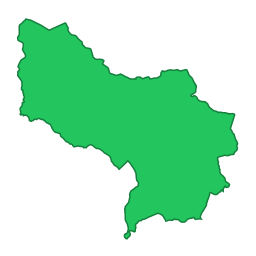 Huitzilan de Serdán, Puebla, Mexico, rotated 269°
{"feature_id": "50627088B1220406486190", "entity_name": "Huitzilan de Serdán", "entity_type": "district", "adm_level": 2, "iso_a3": "MEX", "parent_name": "Mexico", "parent_adm1": "Puebla", "projection": "albers", "projection_center": [-97.714, 19.944], "detail": "fine", "context": "isolated", "style": "filled", "palette": "green", "viewbox_px": 256, "rotation_deg": 269, "n_neighbors": 0, "source": "geoboundaries", "source_scale": "gbopen_adm2", "svg_char_len": 5810}
<svg xmlns="http://www.w3.org/2000/svg" viewBox="0 0 256 256"><g transform="rotate(269 128 128)"><path d="M63.0,222.1L63.5,222.2L64.8,222.1L65.7,222.3L67.8,223.8L68.2,224.2L67.6,224.4L66.9,225.2L67.0,226.6L67.5,227.5L67.9,227.9L69.8,228.5L71.1,227.3L72.0,225.8L72.6,225.1L73.6,224.4L76.2,224.0L78.6,221.9L79.8,220.3L81.5,219.3L83.9,219.1L85.1,219.2L85.8,218.6L88.4,218.4L90.2,217.5L90.8,217.4L91.9,217.9L92.4,217.9L94.2,217.1L95.6,217.2L96.5,216.9L97.3,217.6L97.4,217.9L98.4,221.5L98.4,222.0L98.9,223.5L99.1,224.5L98.6,226.3L98.7,227.5L98.9,228.7L99.7,230.8L99.7,233.0L100.3,233.6L101.3,233.7L103.8,236.2L104.5,236.7L106.0,237.0L107.0,236.7L108.3,236.5L110.4,237.3L111.6,237.0L113.3,236.2L113.5,235.9L114.2,235.6L118.8,234.1L119.7,234.1L120.2,233.4L120.9,232.8L122.0,232.2L123.7,231.6L125.5,230.3L139.0,234.8L139.7,234.8L140.2,234.3L140.6,232.5L140.3,231.0L140.6,230.2L140.4,229.2L140.7,228.9L140.5,228.5L141.6,225.6L141.5,223.8L142.2,220.8L142.2,219.0L141.9,218.6L142.0,218.2L142.4,217.9L143.0,216.9L143.8,214.0L147.2,209.8L149.2,208.6L150.5,208.2L151.2,207.7L151.7,206.7L152.9,205.6L153.0,203.7L153.6,200.7L154.6,199.1L154.9,198.5L155.5,198.1L156.8,197.8L157.7,197.1L159.0,195.5L159.1,194.5L158.8,193.8L158.3,193.5L158.3,193.1L158.6,191.9L159.3,191.5L159.9,191.6L160.4,192.5L160.7,193.3L162.2,195.5L163.1,196.2L163.5,196.4L165.8,196.5L167.7,197.0L168.2,197.0L169.6,196.8L169.9,196.4L170.5,196.1L171.0,195.5L171.8,195.5L172.1,194.9L174.1,194.2L176.8,192.9L179.8,190.1L180.7,189.6L182.7,188.9L185.1,187.8L185.3,187.1L185.1,185.7L184.1,181.3L184.6,179.8L185.0,179.4L185.5,178.3L185.0,176.2L184.9,173.5L185.4,171.7L185.0,168.7L184.3,167.5L184.0,166.2L183.9,165.3L184.3,164.1L184.5,163.6L184.5,163.2L182.6,162.0L180.2,161.7L179.0,160.8L177.5,157.9L177.4,154.8L176.8,152.3L176.8,150.7L178.0,150.2L178.6,149.6L178.7,149.2L178.7,148.4L178.1,146.8L178.1,146.3L177.6,145.0L177.1,144.3L177.0,143.4L177.3,143.2L177.6,142.4L178.4,141.3L178.6,141.2L178.7,140.0L178.7,138.7L178.5,137.5L178.1,137.0L176.8,136.7L177.2,136.0L176.8,134.6L177.1,130.7L178.3,128.8L179.5,126.2L181.3,123.1L182.1,121.3L181.3,119.6L180.9,117.4L181.0,116.3L181.7,114.8L182.9,111.0L183.6,110.5L186.7,109.7L187.5,109.6L188.1,109.3L188.9,108.7L192.1,104.0L192.9,103.8L195.1,105.0L195.8,105.0L196.8,103.5L197.3,100.8L197.1,99.3L197.2,98.0L197.4,97.0L198.0,95.9L199.7,94.3L206.3,92.6L207.7,92.0L208.3,90.6L208.8,87.5L209.4,86.5L210.8,85.4L211.4,84.6L212.7,83.6L213.4,83.8L215.2,83.3L215.7,82.4L217.8,80.1L220.9,77.7L221.5,76.6L222.1,73.4L223.3,71.9L226.1,69.9L227.0,69.7L229.1,69.9L229.7,69.7L231.8,68.4L232.9,68.2L234.1,67.0L227.1,50.8L232.3,42.7L237.5,32.6L238.7,27.7L237.1,26.6L236.3,25.2L234.6,23.9L233.4,22.0L232.4,21.2L231.2,21.0L223.7,21.0L222.2,20.3L221.0,19.5L220.0,19.2L217.7,19.6L217.2,20.2L215.6,23.4L215.2,24.0L214.3,24.7L213.5,24.8L211.7,24.7L210.5,24.5L209.3,24.0L208.2,24.0L207.3,24.3L203.9,26.2L202.1,26.9L201.1,26.8L200.3,26.2L198.4,23.2L197.4,22.0L193.2,19.8L191.1,19.1L189.3,20.4L188.8,20.6L188.0,20.4L187.4,20.0L186.4,18.9L182.3,18.7L176.9,22.4L175.2,22.8L173.4,22.7L172.3,22.9L169.9,22.2L168.9,22.1L167.9,22.4L167.4,23.7L165.2,23.5L164.3,24.1L162.8,24.1L161.4,24.8L159.7,24.7L158.7,23.9L157.7,23.8L157.2,23.9L156.6,24.7L156.1,24.8L155.4,24.2L155.4,23.2L155.0,22.8L153.8,22.5L153.0,22.8L152.4,22.7L149.6,20.5L148.3,20.5L144.9,21.2L144.2,21.1L143.8,20.4L142.9,21.1L143.2,23.8L142.7,24.0L142.2,23.9L142.7,25.3L142.3,27.0L141.1,28.3L140.1,29.0L138.3,29.5L137.5,29.4L136.6,30.5L136.4,31.3L137.4,33.6L138.5,34.8L138.4,35.6L138.0,36.4L138.2,36.9L139.0,38.1L139.2,38.7L138.6,40.5L138.0,41.5L137.9,42.0L138.1,43.3L136.7,44.4L136.7,44.9L135.5,45.9L134.4,47.1L134.3,48.1L133.7,48.6L133.1,50.1L131.9,51.0L129.0,52.1L126.9,53.4L125.4,54.7L124.8,55.8L124.8,56.5L124.5,57.0L123.9,58.7L123.8,59.4L123.6,59.9L120.8,60.7L119.8,61.8L119.3,62.7L116.7,64.8L116.1,65.6L115.4,66.0L114.7,68.1L113.1,69.5L112.9,70.3L113.0,71.2L112.7,71.6L112.2,72.2L111.5,72.4L110.3,73.3L110.1,74.0L110.8,76.6L110.8,78.8L110.4,79.5L110.4,80.3L109.9,82.9L109.0,83.3L109.2,84.5L109.0,85.9L109.8,86.4L110.5,87.2L111.9,89.6L112.1,90.5L110.9,92.7L108.5,95.4L108.0,96.5L108.0,97.7L107.5,99.5L106.8,100.2L105.8,101.7L103.2,104.4L102.9,105.0L102.9,105.5L101.9,106.5L101.1,108.1L100.2,109.0L98.5,110.1L94.8,111.0L93.7,112.1L92.2,112.9L91.5,113.4L90.6,114.4L89.1,116.8L86.9,118.4L92.5,124.5L95.2,127.2L92.6,129.6L86.2,133.7L84.2,134.6L82.0,135.3L77.3,135.5L75.1,136.0L74.7,136.6L73.7,137.2L73.2,137.4L71.8,137.4L69.7,137.0L68.4,134.4L67.0,132.8L65.7,130.8L64.7,129.7L62.4,128.7L61.7,128.5L60.4,128.5L59.7,128.8L53.7,127.4L49.1,123.7L48.0,123.8L47.2,123.3L46.5,123.3L46.3,123.5L45.9,123.4L45.4,123.7L43.9,123.3L43.2,123.6L42.3,123.7L36.9,123.7L35.5,123.9L32.5,125.5L28.5,126.5L26.7,126.5L23.4,125.6L22.2,124.4L22.2,123.6L21.9,123.1L21.4,122.7L19.9,122.5L19.1,122.7L17.6,123.8L17.3,124.6L17.3,125.2L18.2,125.8L20.1,127.9L21.0,128.3L22.0,128.4L23.1,128.0L24.1,127.4L24.5,127.4L24.9,127.8L25.3,129.0L25.3,129.8L24.2,131.9L24.2,133.0L24.7,133.4L26.6,133.5L27.5,133.8L27.8,134.1L30.6,133.8L31.7,134.0L32.9,135.7L34.5,136.9L35.0,137.9L35.2,139.7L36.2,140.6L36.5,142.4L37.1,144.2L38.3,146.5L42.2,156.2L41.5,158.7L39.9,161.0L38.4,162.2L37.7,162.3L36.6,163.2L34.2,164.2L35.2,167.6L35.1,169.6L34.9,170.4L35.0,171.2L36.1,172.4L36.2,173.1L35.7,173.6L35.5,176.8L33.5,178.9L33.1,179.5L33.1,180.6L32.9,182.0L33.0,182.9L33.5,183.9L34.3,184.5L35.1,185.3L36.0,186.8L36.5,188.0L36.7,190.4L37.4,191.9L37.4,192.4L36.0,193.2L35.5,193.6L35.4,194.0L35.8,195.2L35.9,197.3L35.7,199.6L36.4,199.0L37.0,198.9L37.9,198.8L39.3,199.0L40.2,199.6L41.9,200.2L44.0,201.8L49.3,205.0L50.7,205.3L51.7,205.0L52.3,205.2L52.6,205.9L54.1,206.2L58.4,207.9L62.0,208.9L61.9,210.0L60.2,212.8L59.9,214.3L60.1,215.8L62.4,218.4L62.7,219.6L64.3,220.3L64.0,221.0L63.0,222.1Z" fill="#22c55e" stroke="#15803d" stroke-width="1.5"/></g></svg>